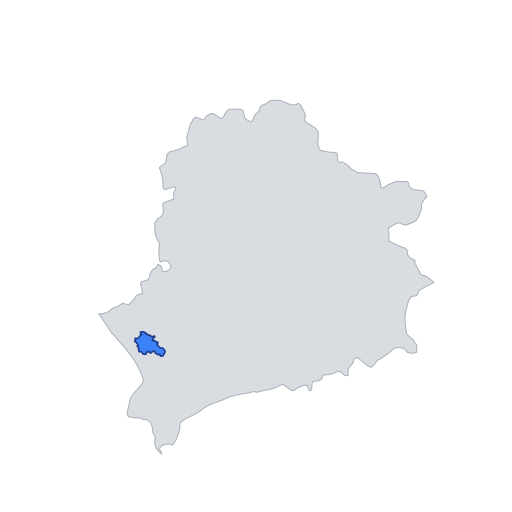 Vawkavysk, Grodno, Belarus (highlighted), rotated 337°
{"feature_id": "67162791B87198261111694", "entity_name": "Vawkavysk", "entity_type": "district", "adm_level": 2, "iso_a3": "BLR", "parent_name": "Belarus", "parent_adm1": "Grodno", "projection": "orthographic", "projection_center": [24.403, 53.18], "detail": "fine", "context": "in_parent", "style": "filled", "palette": "blue", "viewbox_px": 512, "rotation_deg": 337, "n_neighbors": 0, "source": "geoboundaries", "source_scale": "gbopen_adm2", "svg_char_len": 7427}
<svg xmlns="http://www.w3.org/2000/svg" viewBox="0 0 512 512"><g transform="rotate(337 256 256)"><path d="M409.2,350.0L401.8,350.3L393.0,351.3L388.4,355.3L382.9,354.1L379.2,356.4L371.3,366.7L368.4,372.1L365.8,380.3L364.3,386.4L365.7,390.4L367.7,394.0L368.4,398.1L369.5,401.3L367.5,403.8L366.5,407.3L362.7,407.0L357.8,404.1L356.5,399.5L352.7,396.6L350.3,395.1L346.4,395.1L340.5,397.1L332.6,398.9L326.6,399.6L323.4,401.5L318.6,403.5L316.6,401.7L313.6,396.6L311.0,391.4L309.4,389.2L308.0,388.7L306.4,388.9L304.6,390.7L303.3,392.5L298.4,394.8L296.3,396.8L294.2,401.9L292.5,401.6L290.8,400.6L288.6,395.3L285.8,394.2L281.6,394.3L276.3,393.5L272.0,392.0L270.5,392.5L268.1,395.0L265.3,395.4L259.3,393.7L258.1,394.7L255.0,400.8L253.3,401.2L252.4,400.5L252.7,395.2L249.1,393.6L243.2,393.5L239.1,394.5L237.1,394.3L236.0,393.3L230.7,384.8L228.0,384.3L223.2,384.9L216.2,384.1L208.0,382.4L203.5,381.8L201.2,379.9L196.2,379.3L182.7,376.0L177.2,375.4L169.2,375.5L156.9,374.8L149.1,375.4L145.5,376.6L141.3,377.4L126.7,378.5L121.5,379.5L120.0,381.3L118.3,385.4L112.3,392.4L106.4,397.0L105.3,397.4L101.9,394.9L99.1,394.0L95.7,393.7L93.3,394.5L91.8,395.6L92.0,401.0L91.6,401.5L89.1,395.1L89.4,389.3L90.9,386.0L92.6,383.0L92.0,378.6L93.7,372.7L93.8,368.4L93.1,366.5L91.8,364.4L88.0,362.0L86.4,360.1L81.3,357.6L76.3,354.4L75.5,352.5L75.7,351.2L76.7,349.3L80.6,343.6L84.8,338.1L87.5,335.9L101.6,328.9L103.8,326.4L104.4,322.2L104.2,313.6L103.4,305.8L102.4,300.5L99.8,290.4L92.9,269.5L88.8,247.8L91.6,249.1L98.1,249.7L103.3,248.2L106.0,248.0L108.4,248.5L115.2,247.3L116.9,249.3L119.9,251.0L125.9,248.5L131.2,245.5L136.8,245.8L137.5,244.3L138.8,236.6L140.5,234.9L147.0,235.7L149.4,234.3L151.9,230.5L155.8,228.1L159.0,228.0L162.3,225.3L164.0,227.1L164.8,230.2L163.8,232.8L164.3,233.8L166.6,235.0L170.6,234.9L173.1,233.8L173.7,232.3L173.6,229.7L173.0,227.3L171.2,225.2L168.1,224.2L165.9,224.2L165.5,222.8L166.2,219.9L168.0,214.6L170.3,209.8L171.7,208.0L172.0,206.3L171.6,203.4L171.5,198.2L173.5,190.9L176.2,185.4L180.0,183.5L184.7,182.4L187.6,179.8L189.0,176.7L190.1,172.0L191.6,171.0L202.8,171.3L204.4,166.6L205.3,165.2L207.4,163.8L208.9,162.0L208.3,160.8L205.4,160.0L198.6,159.5L197.2,158.0L197.6,156.1L199.3,151.2L200.8,145.0L201.5,140.1L201.5,137.3L202.4,136.5L207.8,135.4L209.6,134.4L214.0,127.6L217.5,126.4L226.7,127.7L230.9,127.4L236.3,127.6L236.7,126.9L238.3,120.4L246.7,109.5L251.4,105.7L254.3,104.7L255.4,104.9L260.5,110.1L261.7,110.3L264.7,107.8L270.3,107.3L273.0,109.0L277.1,115.5L279.0,116.2L284.2,112.1L287.1,110.7L289.0,110.6L299.6,115.1L300.5,116.8L300.7,118.7L299.5,124.9L301.9,128.6L304.6,130.9L309.5,126.3L311.4,125.0L313.5,124.8L316.2,123.1L318.0,120.5L319.9,119.6L323.7,119.8L330.5,118.7L338.7,121.8L339.5,122.9L343.8,126.8L345.4,128.9L346.7,129.4L349.0,131.4L352.0,132.4L353.9,131.8L354.9,132.5L355.9,134.0L356.3,136.9L356.7,145.0L354.3,149.5L354.0,151.0L354.3,152.7L356.9,156.0L360.4,161.2L361.3,164.3L361.6,166.6L358.2,173.9L357.0,175.7L356.4,179.2L356.2,182.7L356.7,184.1L363.9,189.0L369.2,191.5L370.5,192.9L370.6,193.8L368.5,199.9L368.4,201.6L372.7,203.6L375.3,207.3L377.9,213.4L382.3,219.1L397.6,226.5L399.0,227.9L399.6,229.8L399.6,234.0L397.8,242.1L400.4,243.0L406.7,242.0L414.5,242.2L424.5,246.7L424.8,249.2L424.1,251.6L425.0,253.9L426.2,255.8L435.0,261.1L436.0,262.9L436.5,265.9L436.5,268.1L434.3,268.8L432.0,270.2L428.2,273.3L427.0,277.2L421.0,283.2L417.1,286.0L413.9,286.4L406.0,286.2L403.0,283.9L401.6,281.7L398.5,280.9L394.5,281.2L389.1,282.2L388.1,283.0L387.4,286.0L385.6,291.1L384.2,294.1L392.1,303.2L396.0,306.8L397.4,309.2L397.5,311.0L396.0,313.2L396.7,317.3L400.7,322.4L399.6,323.4L399.9,330.2L400.7,337.4L401.8,339.0L403.8,340.2L405.6,342.7L408.9,348.4L409.2,350.0Z" fill="#d9dde1" stroke="#a8b0b8" stroke-width="1"/><path d="M131.2,291.1L131.2,290.9L131.2,290.7L131.3,290.5L131.3,290.3L131.2,290.1L131.0,289.8L130.7,289.7L130.3,289.7L129.8,289.8L129.3,289.8L128.8,289.8L128.6,289.7L128.4,289.4L128.3,289.2L128.2,288.9L128.1,288.7L127.7,288.6L127.4,288.3L127.5,288.1L127.7,287.7L127.6,287.4L127.3,287.4L127.0,287.4L126.7,287.1L126.3,287.0L125.9,287.0L125.7,286.9L125.5,286.5L125.5,286.1L125.5,285.8L125.5,285.5L125.4,285.3L125.1,285.2L124.9,285.1L125.0,284.9L125.0,284.6L124.7,284.4L124.2,284.4L123.8,284.2L123.8,283.9L123.9,283.7L124.1,283.5L124.2,283.2L123.9,282.8L123.6,282.8L123.4,282.8L123.2,282.7L123.0,282.1L122.9,281.9L122.7,281.7L122.3,281.5L121.9,281.4L121.5,281.2L121.1,281.0L120.8,280.9L120.5,280.9L120.2,280.9L119.9,280.9L119.7,281.1L119.7,281.3L119.8,281.6L119.7,281.9L119.6,282.2L119.4,282.3L119.3,282.6L119.4,282.8L119.7,283.0L119.9,283.2L120.1,283.5L119.7,283.9L119.4,283.9L119.1,283.8L119.0,283.7L118.7,283.7L118.3,283.9L118.1,284.3L117.9,284.4L117.6,284.7L117.1,284.8L116.8,284.8L116.4,284.9L116.3,285.0L116.1,285.2L115.8,285.4L115.6,285.4L115.4,285.4L115.1,285.4L114.9,285.3L114.7,285.2L114.4,285.3L114.1,285.5L113.9,285.5L113.7,285.6L113.5,285.2L113.4,285.0L113.2,284.8L113.0,284.7L112.7,284.6L112.4,284.9L112.2,285.2L112.1,285.5L112.1,286.0L112.0,286.4L111.7,286.6L111.3,286.8L111.1,287.1L111.1,287.3L111.1,287.6L111.4,287.9L111.6,288.1L111.8,288.3L111.9,288.6L112.0,288.9L112.1,289.2L112.0,289.5L112.1,289.9L112.4,290.2L112.5,291.0L112.5,291.4L112.5,291.8L112.3,292.1L112.0,292.2L111.6,292.3L111.3,292.6L111.4,292.8L111.7,292.9L112.0,293.1L112.2,293.3L112.4,293.5L112.4,293.8L112.2,294.2L112.1,294.4L111.8,294.7L111.6,294.9L111.3,295.2L111.3,295.7L111.5,296.0L111.5,296.7L111.3,297.1L110.9,297.6L110.9,298.0L111.0,298.5L111.4,298.8L111.9,298.8L112.5,298.8L112.8,299.0L113.1,299.4L113.2,299.7L113.2,300.0L113.4,300.2L113.5,300.5L113.5,300.9L113.5,301.4L113.5,301.7L113.8,302.1L114.3,302.6L114.8,302.8L115.4,303.2L116.1,303.5L116.4,303.4L116.7,302.9L117.0,302.6L117.4,302.2L117.7,301.8L118.0,301.8L118.3,301.8L118.7,302.1L119.2,302.3L119.5,302.3L119.9,302.1L120.3,301.8L120.5,302.2L120.2,302.6L120.4,303.2L120.5,303.7L120.5,303.9L121.0,304.2L121.5,304.1L121.9,304.0L122.2,304.0L122.5,303.7L123.0,303.5L123.3,303.7L123.6,303.7L123.8,303.4L124.3,303.4L124.9,303.4L125.2,303.5L125.6,303.8L125.8,304.3L125.8,304.6L125.6,305.0L125.3,305.4L125.2,305.9L125.6,306.4L126.0,306.8L126.5,307.3L126.4,307.8L126.8,308.3L127.1,308.6L127.6,308.6L127.9,308.6L128.1,308.4L128.4,308.4L128.7,308.4L128.9,308.7L129.1,309.0L129.1,309.3L129.1,309.5L128.8,310.1L128.7,310.3L128.7,310.5L129.0,310.9L129.4,311.1L129.9,311.3L130.1,311.3L130.4,311.1L130.6,311.1L130.9,311.3L131.4,311.5L131.7,311.6L132.1,310.9L132.3,310.7L132.8,310.5L133.2,310.2L133.6,309.8L134.1,309.4L134.4,309.3L134.7,308.8L134.8,308.7L135.0,308.3L135.2,307.5L135.1,307.1L135.1,306.6L135.0,306.2L134.8,305.8L134.5,305.5L134.4,305.3L134.3,305.0L134.3,304.6L134.2,304.3L134.0,304.1L133.6,303.9L133.2,303.8L132.9,303.8L132.5,303.7L132.3,303.2L132.1,303.0L131.7,302.6L131.3,302.2L131.2,301.7L131.2,301.3L131.1,300.8L130.9,300.5L130.8,300.1L130.7,299.9L130.5,299.7L130.3,299.5L130.4,299.2L130.6,299.0L130.8,298.8L130.7,298.5L130.6,298.2L130.9,298.0L131.3,298.0L131.6,297.9L131.8,297.8L132.0,297.5L131.9,297.2L131.7,296.9L131.4,296.9L131.2,297.0L130.9,296.9L130.9,296.6L130.9,296.2L130.6,295.9L130.3,295.9L130.1,295.6L130.1,295.1L130.0,294.8L129.8,294.6L129.6,294.4L129.4,294.2L129.1,294.0L128.9,293.9L128.5,293.9L127.8,293.9L127.7,293.5L127.6,293.2L127.8,292.9L128.1,292.7L128.5,292.6L128.8,292.6L129.1,292.2L129.2,291.6L129.4,291.4L129.8,291.3L130.2,291.2L130.6,291.2L131.2,291.1L131.2,291.1Z" fill="#3b82f6" stroke="#1e3a8a" stroke-width="1.5"/></g></svg>